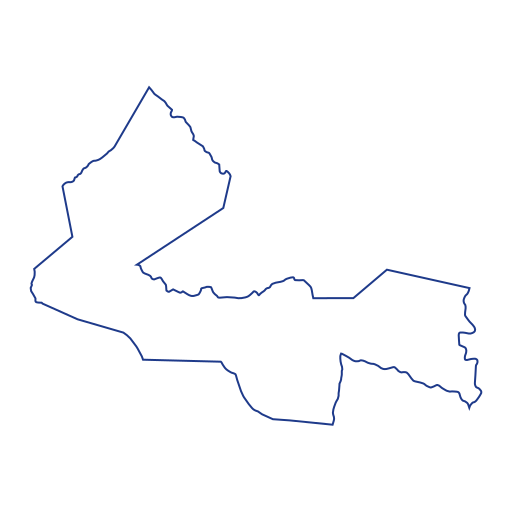 Tambla, Lempira, Honduras
{"feature_id": "27666195B79169869428311", "entity_name": "Tambla", "entity_type": "district", "adm_level": 2, "iso_a3": "HND", "parent_name": "Honduras", "parent_adm1": "Lempira", "projection": "robinson", "projection_center": [-88.75, 14.234], "detail": "fine", "context": "isolated", "style": "outline", "palette": "blue", "viewbox_px": 512, "rotation_deg": 0, "n_neighbors": 0, "source": "geoboundaries", "source_scale": "gbopen_adm2", "svg_char_len": 6058}
<svg xmlns="http://www.w3.org/2000/svg" viewBox="0 0 512 512"><path d="M289.8,420.4L332.6,424.7L333.8,420.6L334.1,418.9L333.9,416.9L333.2,414.6L332.9,412.8L333.4,409.4L334.2,406.7L335.7,402.6L336.6,400.9L337.8,398.9L338.6,395.8L338.6,393.2L339.0,390.7L339.4,385.8L339.5,383.7L340.6,381.2L341.1,379.5L341.2,378.1L341.6,376.0L341.8,374.6L341.8,370.9L342.3,369.3L342.0,366.7L341.2,364.4L340.6,361.6L340.3,358.6L340.3,356.3L340.5,355.3L341.1,353.6L342.0,353.8L345.8,355.8L349.1,357.7L352.4,360.1L354.4,361.0L355.8,361.3L358.2,361.2L359.1,361.0L360.4,360.4L361.0,360.3L363.0,360.6L365.0,361.3L367.7,362.7L369.2,363.2L371.0,363.7L373.6,363.9L375.1,364.4L378.2,365.9L381.1,368.1L383.1,368.9L384.4,369.1L386.3,369.0L389.1,368.3L393.0,367.2L393.8,367.1L394.4,367.2L395.0,367.5L396.3,368.7L397.4,369.8L398.4,371.0L400.3,372.1L401.5,372.4L403.3,372.1L404.8,372.1L406.0,372.3L406.9,372.7L408.4,374.2L411.4,378.4L413.3,380.6L413.8,380.9L415.2,381.4L420.2,382.5L423.1,383.4L424.3,384.0L425.7,385.2L426.7,385.9L429.3,387.1L430.6,387.5L431.3,387.4L433.7,386.5L436.3,385.2L437.0,385.0L437.5,385.0L439.2,385.7L441.7,387.8L443.1,388.7L446.0,390.4L447.1,390.9L449.8,391.6L452.0,391.4L454.2,391.5L456.7,391.7L458.0,392.0L458.7,392.5L459.4,393.5L460.4,397.0L461.1,398.5L461.8,399.6L462.8,400.6L465.1,401.4L467.2,402.9L467.8,403.7L468.2,404.5L469.3,407.8L469.7,406.6L470.2,405.4L472.0,403.2L473.1,402.4L474.4,402.1L474.9,401.8L476.1,400.8L477.2,399.4L479.0,396.9L480.4,394.6L481.2,393.1L481.3,392.1L481.2,391.4L480.9,390.7L479.3,388.8L478.3,388.1L476.6,387.4L476.0,386.9L475.3,385.6L474.9,384.0L474.9,382.7L475.4,375.3L475.9,366.2L476.1,365.1L477.0,363.7L477.4,362.6L477.5,361.2L477.3,360.2L476.9,359.6L476.2,359.1L475.5,358.8L474.6,358.7L472.9,358.8L471.1,359.0L467.0,360.0L465.8,359.9L465.2,359.6L464.9,359.0L464.8,357.3L465.1,355.6L465.9,353.4L466.2,352.1L466.3,350.4L466.0,349.0L465.5,348.0L464.7,347.3L459.9,345.2L459.5,345.0L459.3,344.6L459.0,340.6L458.7,335.1L458.9,333.8L459.4,332.9L460.2,332.5L462.7,332.5L465.1,332.8L468.6,333.5L470.7,333.5L472.3,333.0L473.7,332.3L474.6,331.4L474.9,330.8L475.0,330.2L475.1,329.4L474.9,328.6L474.6,327.6L474.0,326.6L472.6,324.8L469.6,321.7L468.2,319.9L465.5,316.2L465.2,315.6L465.0,314.9L465.1,312.3L465.6,308.4L465.6,306.6L465.3,305.0L464.3,303.5L463.9,302.6L463.6,301.0L463.7,299.7L464.2,298.1L464.9,296.6L465.5,295.6L467.2,294.0L468.0,292.7L468.8,290.8L469.5,288.1L386.9,269.7L353.4,298.1L313.3,298.2L312.6,295.0L311.8,290.3L311.3,288.3L310.9,287.4L310.5,286.7L309.1,285.2L303.9,280.3L302.9,280.1L299.1,280.3L295.2,280.1L294.8,279.9L294.4,279.4L294.1,278.2L293.8,277.7L293.4,277.4L292.9,277.3L290.6,277.6L287.0,278.7L285.5,279.4L283.7,280.8L282.7,281.2L280.6,281.8L275.7,282.7L272.3,283.9L271.0,285.2L270.1,286.9L269.7,287.3L268.7,287.9L267.3,288.1L266.4,288.6L265.7,289.1L264.7,290.4L263.6,291.3L261.8,292.5L260.1,293.9L259.2,295.0L258.9,295.2L258.7,295.2L258.1,294.6L257.2,293.1L256.3,292.2L255.1,291.5L254.1,291.3L253.5,291.6L252.4,292.8L250.1,294.9L248.4,296.2L246.9,296.9L245.3,297.4L241.5,298.1L238.3,298.2L234.7,297.6L226.9,297.1L219.7,297.7L218.3,297.5L217.9,297.2L217.0,295.9L214.8,294.1L213.3,292.4L212.8,291.5L211.6,288.4L211.1,287.3L210.6,287.1L209.5,286.9L207.9,286.8L206.5,286.9L205.3,287.4L203.1,287.9L201.6,288.3L201.2,288.7L201.0,290.0L200.4,291.5L199.4,293.3L198.7,294.3L198.2,294.6L196.7,295.1L194.2,295.8L193.1,296.0L191.2,295.9L189.2,295.2L187.4,294.2L183.0,291.4L182.7,291.4L181.9,292.1L180.8,292.6L180.1,292.7L178.6,292.1L173.1,289.4L169.0,291.8L168.2,291.7L167.2,291.1L166.5,290.6L166.4,290.3L166.1,286.1L165.8,284.7L163.0,281.2L161.6,278.8L160.8,277.8L160.2,277.5L159.5,277.5L157.3,278.2L154.2,279.4L153.4,279.3L152.5,279.0L151.7,278.4L150.9,276.7L150.2,275.9L148.5,274.9L144.8,273.5L143.2,272.6L142.6,271.8L141.8,270.3L140.9,268.4L140.4,266.4L140.2,266.0L139.7,265.6L139.0,265.2L138.0,264.8L136.9,264.7L223.3,208.0L230.6,176.2L230.0,174.6L229.2,173.4L227.7,171.8L226.6,171.0L226.2,171.0L225.9,171.2L225.3,172.3L224.9,172.9L224.3,173.4L223.7,173.7L222.9,173.7L221.9,173.5L221.0,173.1L220.4,172.5L219.9,171.8L219.7,171.2L219.2,164.5L218.3,163.9L217.4,163.3L214.8,162.5L213.8,161.7L213.0,161.0L212.5,160.3L212.1,159.4L211.7,157.6L211.4,156.8L209.7,153.8L209.2,153.1L208.8,152.8L206.5,152.1L204.8,150.9L204.5,150.3L204.3,149.2L204.0,148.4L202.9,146.3L197.1,142.6L194.8,140.9L193.2,140.0L193.2,139.7L193.8,136.2L193.7,135.4L193.1,134.0L192.0,132.3L191.4,131.1L190.4,127.2L190.1,126.7L188.7,125.0L186.0,122.2L185.6,121.6L185.0,119.7L184.1,118.3L183.6,117.8L182.9,117.4L180.9,117.0L177.1,116.7L174.7,117.2L173.8,117.3L172.5,117.1L171.8,116.7L171.3,116.0L170.9,115.3L170.7,114.5L170.7,113.7L170.9,112.5L171.8,110.8L172.0,110.0L172.0,109.8L167.6,105.9L167.0,105.1L165.6,102.7L164.3,101.1L161.9,99.5L158.0,96.5L155.4,94.7L154.3,93.8L151.4,89.9L149.1,87.3L114.6,146.5L113.9,147.4L113.2,148.2L110.9,150.2L108.7,151.5L107.0,153.5L104.6,155.5L102.3,157.4L100.2,158.9L98.5,159.8L96.7,160.4L95.5,160.7L93.8,160.8L92.9,161.1L91.5,161.9L89.4,163.5L88.7,164.1L87.9,165.7L86.8,166.9L85.6,167.8L84.0,168.3L83.3,168.9L82.3,170.4L81.3,172.7L80.7,173.5L80.0,174.0L79.1,174.2L78.5,174.5L77.7,175.3L77.2,176.5L76.1,177.2L74.9,177.6L74.5,178.8L74.0,180.4L73.4,181.1L72.4,181.7L71.1,182.1L70.2,182.2L68.6,182.1L67.4,182.3L66.3,182.6L65.4,183.1L64.5,183.8L63.7,184.5L62.8,185.7L62.5,186.4L72.4,236.8L34.2,268.9L34.7,271.8L34.6,275.1L34.1,277.4L32.1,281.6L31.5,283.4L31.5,283.9L31.9,284.7L31.9,285.1L30.7,287.9L30.9,289.6L31.2,291.2L33.0,294.0L35.3,298.1L35.5,298.7L35.4,300.0L35.5,301.2L35.8,301.8L36.4,302.2L37.2,302.4L38.8,302.6L41.6,302.7L42.1,303.1L42.5,303.6L77.6,319.3L123.4,332.6L126.8,335.1L130.3,338.4L136.3,346.4L137.6,348.5L141.8,356.3L142.4,357.9L143.0,359.7L220.8,361.7L221.5,362.4L222.7,364.6L224.5,367.3L225.3,368.3L226.4,369.4L228.0,370.6L230.1,371.9L231.4,372.6L233.9,373.4L235.1,374.0L235.5,374.3L236.0,375.5L237.2,379.9L241.0,391.1L243.2,395.9L244.0,397.3L248.7,404.0L251.9,407.9L253.1,409.1L254.4,410.0L255.6,410.6L257.9,411.4L262.1,414.3L272.9,419.2L289.8,420.4Z" fill="none" stroke="#1e3a8a" stroke-width="2"/></svg>